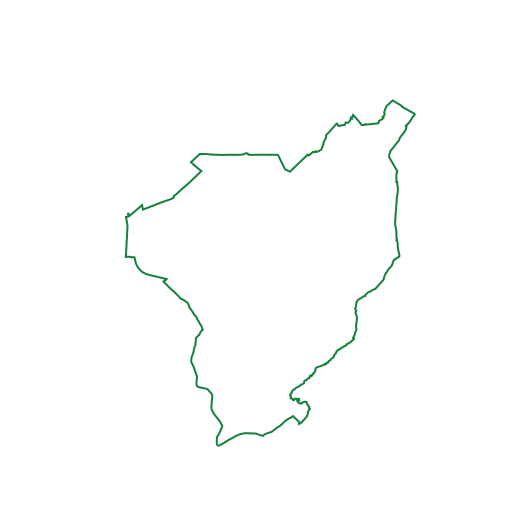 Dragoiesti, Suceava, Romania (Robinson projection), rotated 109°
{"feature_id": "2599482B69921637610392", "entity_name": "Dragoiesti", "entity_type": "district", "adm_level": 2, "iso_a3": "ROU", "parent_name": "Romania", "parent_adm1": "Suceava", "projection": "robinson", "projection_center": [26.101, 47.535], "detail": "fine", "context": "isolated", "style": "outline", "palette": "green", "viewbox_px": 512, "rotation_deg": 109, "n_neighbors": 0, "source": "geoboundaries", "source_scale": "gbopen_adm2", "svg_char_len": 6120}
<svg xmlns="http://www.w3.org/2000/svg" viewBox="0 0 512 512"><g transform="rotate(109 256 256)"><path d="M310.2,335.2L314.2,327.3L316.7,321.4L319.1,316.3L320.8,313.6L321.1,311.1L321.0,310.3L322.1,307.3L322.2,306.3L322.5,305.6L324.0,303.8L325.5,303.0L326.0,302.3L326.8,301.6L328.4,299.1L331.9,294.9L332.1,293.8L332.8,293.2L332.9,292.9L333.9,291.8L334.5,291.4L335.2,290.5L336.0,289.8L336.2,289.5L336.3,289.1L338.3,287.0L340.1,284.7L342.2,283.2L342.9,282.3L344.1,283.0L346.3,283.7L347.1,283.7L348.0,284.0L348.6,283.9L349.2,284.0L350.0,284.6L353.2,286.1L353.7,286.1L354.9,285.5L357.2,284.9L358.5,284.7L359.8,284.3L362.0,284.5L365.3,284.2L367.2,283.8L373.0,283.9L375.4,283.4L376.8,282.9L377.8,282.2L381.8,278.2L383.5,277.1L388.7,272.9L389.8,272.4L395.9,270.8L397.6,270.0L398.3,269.2L398.6,268.3L398.1,262.9L397.6,259.2L397.7,258.5L400.5,253.4L401.4,252.5L402.5,251.8L403.9,251.3L407.8,250.5L412.3,249.3L415.1,248.3L418.0,245.5L419.5,243.6L423.7,236.9L427.2,232.8L428.4,232.4L435.6,233.0L440.1,233.9L444.2,232.7L446.0,232.1L447.1,231.4L447.4,230.7L447.6,229.8L446.5,228.4L444.3,226.4L437.8,221.1L436.9,220.1L431.8,215.5L429.4,212.6L427.0,208.5L423.9,198.2L424.0,195.1L423.9,190.8L421.9,189.9L419.6,187.2L418.5,185.6L417.0,183.8L412.5,180.9L408.6,177.9L401.8,174.2L399.7,172.6L396.9,170.0L395.3,168.9L399.0,161.1L400.4,160.9L400.8,160.6L400.1,160.0L399.3,159.7L398.9,158.9L393.1,156.4L391.0,155.7L387.8,155.6L386.5,156.1L385.6,156.1L383.5,155.3L382.9,155.3L382.7,155.6L382.6,156.3L381.4,156.4L381.2,156.7L380.9,157.6L380.2,158.0L380.0,158.7L379.0,159.9L377.8,160.4L377.5,160.8L377.8,162.0L378.6,163.6L379.5,164.5L380.9,165.0L380.9,165.7L381.1,166.0L381.1,166.4L380.7,166.6L380.6,166.8L380.7,167.1L381.0,167.6L381.0,167.8L380.9,168.1L380.3,168.5L380.1,168.8L379.9,169.7L379.7,169.9L379.4,169.9L378.7,168.7L378.3,168.2L377.9,168.5L377.3,168.6L377.0,169.0L377.6,170.2L378.0,171.6L378.0,172.3L378.1,172.7L378.5,172.9L379.7,173.2L380.2,173.7L380.1,174.2L379.4,174.6L379.3,174.9L379.3,176.8L379.2,177.0L377.7,177.0L377.3,177.3L376.7,178.3L376.1,178.6L375.6,178.5L375.0,178.0L374.5,177.9L374.0,177.8L373.4,178.0L372.8,177.6L371.6,177.8L370.2,177.1L370.0,176.6L369.0,175.8L367.5,175.2L365.3,172.9L364.1,172.0L363.1,171.7L362.7,171.0L360.9,169.3L359.4,169.5L358.0,169.4L357.7,169.1L357.2,168.0L356.4,167.9L355.0,167.1L354.6,166.7L354.3,165.9L353.6,165.9L352.9,165.7L352.3,166.1L351.9,165.7L351.1,165.5L350.9,165.2L351.3,164.7L351.4,164.4L351.1,164.2L350.2,164.1L349.2,163.5L348.5,163.4L348.1,163.7L347.9,163.6L347.3,163.1L347.2,162.8L345.0,162.7L344.6,162.6L343.9,162.7L343.3,163.1L342.2,162.8L341.9,162.4L341.1,161.9L340.8,161.6L339.6,159.7L336.9,156.5L336.5,156.2L335.8,156.0L335.7,155.9L335.9,155.3L335.9,154.9L335.7,154.7L334.1,154.4L333.8,154.2L333.6,153.3L332.8,153.3L331.6,152.9L330.3,151.8L328.9,151.5L327.6,150.4L325.8,149.6L325.2,150.0L324.8,150.0L322.2,148.9L321.9,149.0L321.0,148.7L320.1,148.8L318.4,148.0L317.9,147.9L317.7,147.2L317.3,146.9L316.9,146.3L314.8,145.3L314.5,144.6L313.0,143.6L312.1,142.4L311.6,142.1L311.4,141.8L310.0,141.5L308.8,140.7L308.6,140.0L308.3,139.9L307.2,139.2L307.0,138.6L305.6,138.1L303.0,136.4L302.1,136.4L301.9,136.6L302.1,137.0L302.0,137.4L301.8,137.6L301.2,137.4L298.5,137.1L297.7,137.1L296.1,137.4L295.4,137.2L294.7,137.3L293.8,137.1L293.0,137.2L292.0,137.5L289.9,138.6L288.1,138.9L287.1,139.4L285.0,139.5L281.6,140.3L279.2,141.9L278.5,142.2L277.5,143.3L276.9,143.6L276.3,143.6L275.1,143.3L274.8,143.5L274.5,144.2L273.7,145.0L273.2,145.1L272.3,145.0L270.8,145.1L267.7,145.9L266.0,145.8L263.0,144.5L261.8,143.1L261.0,142.6L259.9,141.6L259.0,141.2L258.7,140.8L258.6,140.1L258.2,139.6L256.8,139.8L254.7,138.6L253.6,137.8L251.8,135.9L250.4,134.9L248.3,132.6L247.1,132.0L239.4,128.8L239.0,128.7L237.9,128.1L236.6,127.7L233.6,128.0L231.8,127.9L229.3,127.4L227.8,126.8L226.5,126.7L224.5,126.1L221.6,124.7L219.8,124.4L215.3,124.5L214.7,124.2L214.3,123.9L214.0,123.4L212.1,122.2L210.0,120.4L209.4,120.4L208.9,120.5L203.7,123.6L200.0,125.5L199.6,125.4L194.8,127.9L195.1,128.4L193.9,128.6L191.1,129.9L187.5,131.1L185.1,132.3L181.9,134.2L178.3,135.6L174.4,136.6L169.2,138.1L166.7,138.6L154.7,141.9L151.2,142.4L147.1,143.3L143.0,145.4L140.1,146.6L140.4,147.3L134.2,149.5L131.1,150.2L129.8,150.0L127.4,152.9L119.3,162.1L118.4,162.6L117.4,163.0L112.5,163.0L110.4,162.1L99.8,158.4L97.6,158.5L96.9,158.3L91.8,156.5L87.1,155.4L86.0,155.7L85.1,155.7L84.6,156.7L83.1,156.3L83.2,156.0L79.2,154.4L72.6,152.8L72.0,152.3L70.4,152.0L69.9,152.7L67.3,166.7L66.7,166.9L64.4,177.4L71.6,181.3L75.4,181.6L78.6,181.6L79.7,180.5L82.6,180.9L83.3,181.5L83.9,180.4L85.7,181.3L87.4,183.0L88.5,183.6L89.6,183.6L90.3,183.4L90.7,183.6L91.1,184.3L95.6,193.9L95.8,195.1L95.6,195.4L95.7,195.6L96.5,195.7L97.8,198.5L93.8,204.9L91.0,210.1L92.5,210.2L94.8,209.7L95.1,210.7L94.4,210.7L94.2,211.2L96.7,211.1L100.0,212.2L100.4,213.2L100.4,214.5L102.3,214.8L103.4,214.8L104.3,217.3L105.8,219.2L106.1,220.4L105.5,221.3L104.5,222.2L104.4,222.6L104.6,222.9L112.7,226.3L114.5,226.9L118.5,228.9L119.7,228.9L120.7,228.4L121.9,228.5L122.9,228.4L126.0,229.1L127.3,228.8L130.0,228.6L131.0,228.8L134.2,228.9L134.5,229.1L134.9,229.6L135.7,230.3L136.2,230.5L137.3,231.8L138.2,233.2L137.6,233.9L138.9,234.7L139.1,236.1L143.0,238.3L143.0,238.7L143.9,239.3L143.4,240.2L165.2,251.3L164.9,253.7L164.8,255.6L164.6,256.4L164.1,257.2L153.7,267.7L153.3,268.5L158.9,285.1L159.4,286.6L159.6,286.9L162.5,295.1L162.6,296.1L162.4,296.7L161.9,297.1L161.8,297.3L162.1,298.3L162.1,298.8L162.2,299.2L162.7,299.8L163.7,300.6L164.4,301.6L165.7,304.5L166.8,307.8L167.6,309.8L168.6,313.2L171.8,321.8L174.7,331.5L175.4,334.7L176.7,339.2L177.9,342.4L188.5,348.0L190.4,343.7L193.5,335.3L210.2,343.9L215.8,347.3L222.5,350.9L226.2,353.2L227.7,352.8L230.1,355.2L235.6,362.3L249.0,378.1L245.0,380.3L258.9,388.4L259.1,388.7L259.0,389.1L257.5,390.4L257.5,390.6L257.7,390.8L258.1,390.8L259.3,389.6L259.8,389.4L260.2,389.5L261.4,391.6L269.3,387.3L299.3,378.7L298.6,377.6L298.0,375.5L297.1,371.0L296.8,370.5L302.0,367.2L303.2,366.1L305.0,364.2L307.5,360.0L308.1,358.4L308.7,355.5L308.8,352.4L306.9,333.0L307.9,333.4L310.2,335.2Z" fill="none" stroke="#15803d" stroke-width="2"/></g></svg>